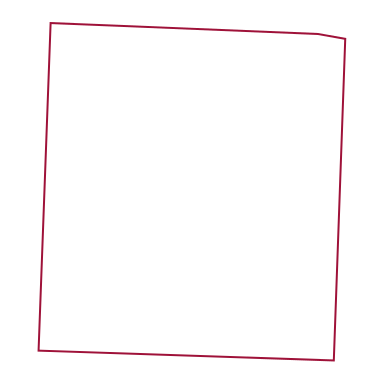 the district of Kent, Texas, United States of America, rotated 182°
{"feature_id": "52423323B63007180209639", "entity_name": "Kent", "entity_type": "district", "adm_level": 2, "iso_a3": "USA", "parent_name": "United States of America", "parent_adm1": "Texas", "projection": "equal_earth", "projection_center": [-100.828, 33.18], "detail": "fine", "context": "isolated", "style": "outline", "palette": "rose", "viewbox_px": 384, "rotation_deg": 182, "n_neighbors": 0, "source": "geoboundaries", "source_scale": "gbopen_adm2", "svg_char_len": 243}
<svg xmlns="http://www.w3.org/2000/svg" viewBox="0 0 384 384"><g transform="rotate(182 192 192)"><path d="M44.4,28.6L44.2,350.4L71.7,354.3L261.6,355.5L339.2,355.9L339.8,28.1L44.4,28.6Z" fill="none" stroke="#9f1239" stroke-width="2"/></g></svg>